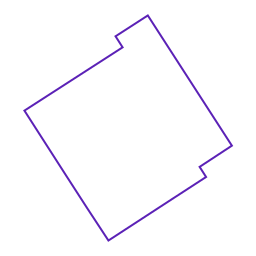 Hamilton, Iowa, United States of America (orthographic projection), rotated 57°
{"feature_id": "52423323B92717538873047", "entity_name": "Hamilton", "entity_type": "district", "adm_level": 2, "iso_a3": "USA", "parent_name": "United States of America", "parent_adm1": "Iowa", "projection": "orthographic", "projection_center": [-93.664, 42.384], "detail": "fine", "context": "isolated", "style": "outline", "palette": "violet", "viewbox_px": 256, "rotation_deg": 57, "n_neighbors": 0, "source": "geoboundaries", "source_scale": "gbopen_adm2", "svg_char_len": 298}
<svg xmlns="http://www.w3.org/2000/svg" viewBox="0 0 256 256"><g transform="rotate(57 128 128)"><path d="M199.4,50.5L44.4,50.1L44.3,88.5L57.4,88.6L57.0,205.4L134.0,205.8L172.6,205.9L211.7,205.7L211.6,128.0L211.6,89.2L199.6,89.1L199.4,50.5Z" fill="none" stroke="#5b21b6" stroke-width="2"/></g></svg>